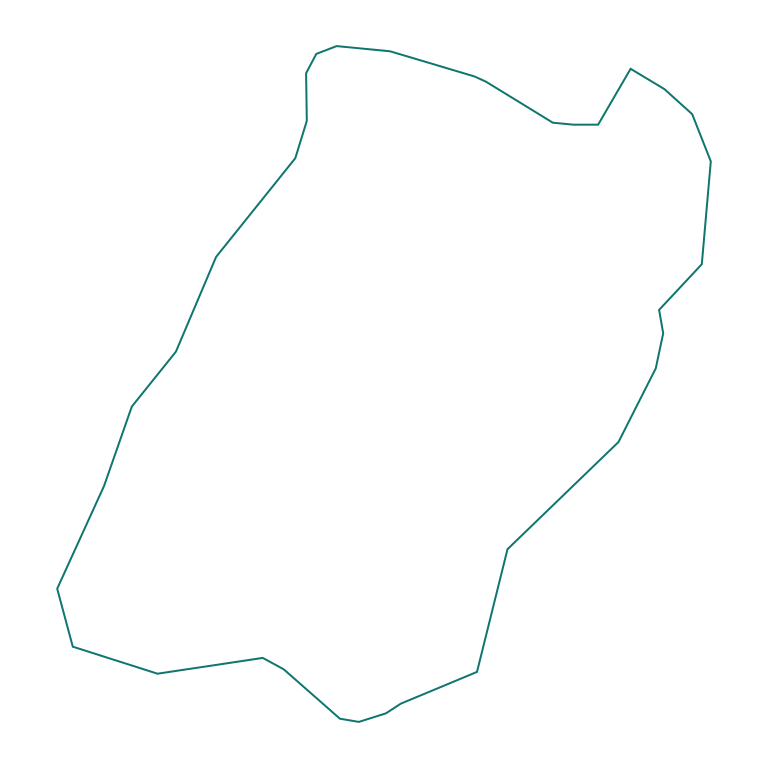 map outline of Lovrenc na Pohorju (Equal Earth projection)
{"feature_id": "SVN-235", "entity_name": "Lovrenc na Pohorju", "entity_type": "Municipality", "adm_level": 1, "iso_a3": "SVN", "parent_name": "Slovenia", "parent_adm1": "", "projection": "equal_earth", "projection_center": [15.394, 46.529], "detail": "fine", "context": "isolated", "style": "outline", "palette": "teal", "viewbox_px": 768, "rotation_deg": 0, "n_neighbors": 0, "source": "natural_earth", "source_scale": "10m", "svg_char_len": 548}
<svg xmlns="http://www.w3.org/2000/svg" viewBox="0 0 768 768"><path d="M336.6,46.1L390.1,51.3L474.3,76.4L485.8,81.6L552.8,122.7L573.8,124.7L598.1,124.7L630.6,68.8L664.5,89.2L692.2,114.2L710.8,161.4L701.8,264.2L659.1,309.9L663.2,333.3L655.8,368.3L618.5,442.0L507.5,549.2L477.0,671.9L400.9,703.6L386.0,713.3L358.9,721.9L339.9,718.7L283.7,669.3L262.7,657.9L157.5,673.7L72.8,646.7L57.2,588.7L104.0,486.1L131.8,406.6L175.9,351.7L216.1,256.9L295.3,158.2L306.8,120.9L306.1,73.2L316.3,53.9L336.6,46.1Z" fill="none" stroke="#0f766e" stroke-width="2"/></svg>